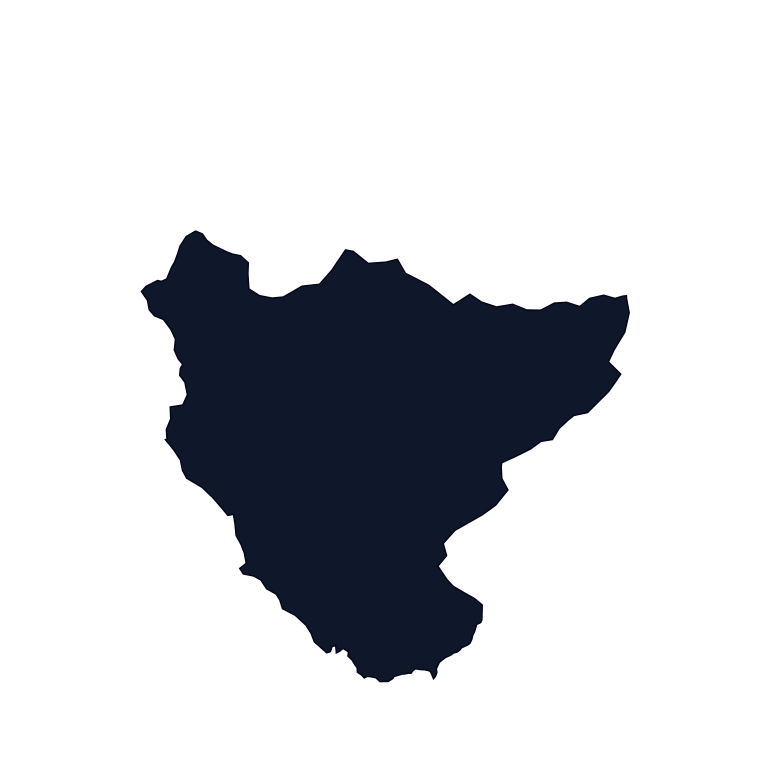 outline of Statos Agios Fotios, Paphos, Cyprus, rotated 135°
{"feature_id": "46923920B39520008883150", "entity_name": "Statos Agios Fotios", "entity_type": "district", "adm_level": 2, "iso_a3": "CYP", "parent_name": "Cyprus", "parent_adm1": "Paphos", "projection": "orthographic", "projection_center": [32.607, 34.88], "detail": "fine", "context": "isolated", "style": "filled", "palette": "ink", "viewbox_px": 768, "rotation_deg": 135, "n_neighbors": 0, "source": "geoboundaries", "source_scale": "gbopen_adm2", "svg_char_len": 2475}
<svg xmlns="http://www.w3.org/2000/svg" viewBox="0 0 768 768"><g transform="rotate(135 384 384)"><path d="M481.6,148.0L470.8,158.3L471.8,168.5L475.0,179.8L478.1,191.9L477.8,201.1L474.7,217.1L461.1,218.4L454.9,229.4L437.4,230.4L406.8,222.0L390.6,219.4L371.3,221.5L367.6,233.8L359.8,242.5L356.4,245.1L342.6,239.9L326.1,234.4L313.6,232.5L304.2,225.7L291.4,228.8L279.1,228.3L272.0,227.5L260.3,219.9L246.2,219.9L230.3,219.9L219.5,221.7L209.7,223.6L209.7,241.0L197.1,245.5L177.1,250.4L160.3,261.0L151.8,273.3L150.2,275.0L153.1,277.3L160.2,281.2L165.9,291.4L178.1,299.1L190.8,300.3L197.1,312.6L206.3,320.7L221.1,325.4L230.9,335.6L236.6,349.3L250.0,358.9L257.1,372.9L259.8,386.7L279.0,390.9L282.6,422.3L290.6,447.1L286.4,462.7L296.5,468.8L309.9,480.4L312.0,499.5L316.4,506.0L340.7,501.3L359.1,500.1L372.8,511.1L393.7,516.7L402.4,523.9L409.6,534.5L412.3,546.8L402.5,558.0L394.3,565.6L394.7,576.0L399.3,583.0L401.9,588.9L406.9,603.3L407.7,611.3L406.3,618.5L409.1,625.3L412.6,626.3L419.7,628.1L430.7,625.7L437.6,622.1L445.8,618.3L451.8,616.7L463.4,611.9L468.8,613.9L471.0,617.3L483.3,621.3L490.1,620.9L492.1,610.3L497.5,602.5L498.1,594.5L494.3,585.7L496.1,573.2L499.7,563.2L508.3,556.2L511.7,547.4L512.5,540.2L517.0,539.0L522.2,534.7L523.6,525.9L530.6,515.4L541.2,511.4L551.4,518.9L559.5,510.1L570.1,505.7L576.4,498.5L577.9,499.2L578.0,498.3L579.2,486.3L581.7,474.1L587.6,465.3L590.1,456.9L585.7,439.4L585.4,425.3L586.3,411.5L587.3,401.5L582.6,398.3L588.2,390.5L595.7,381.4L598.5,371.7L602.2,363.3L608.2,354.6L616.4,355.6L616.7,354.0L617.8,349.2L612.0,340.6L609.6,332.4L611.8,322.3L608.8,311.7L610.4,304.9L614.6,296.9L610.3,283.1L609.7,268.7L611.9,259.0L615.6,250.9L614.7,237.1L614.7,234.6L613.4,233.8L611.1,232.7L606.3,235.1L603.2,233.2L605.7,230.0L607.8,227.6L604.1,226.4L599.9,226.0L599.8,225.8L598.5,219.7L601.9,217.1L601.7,211.4L603.1,205.8L603.6,202.3L606.6,199.0L605.6,194.0L605.8,190.2L602.5,189.0L600.1,186.1L597.6,182.3L597.5,182.2L597.2,176.3L594.4,173.7L591.2,170.6L585.8,169.5L583.7,170.1L576.1,166.0L574.5,164.4L571.1,162.2L569.3,160.3L566.5,160.9L563.2,160.5L560.1,156.3L557.4,153.3L554.8,149.2L554.7,148.9L554.6,147.4L555.6,144.8L557.4,140.6L554.4,140.9L550.8,142.5L548.3,145.7L541.5,148.1L534.1,147.2L528.5,145.1L524.8,144.6L522.0,142.8L518.5,142.2L516.0,142.7L513.1,141.7L510.5,140.7L508.8,140.2L506.2,139.9L502.1,141.6L499.2,143.5L495.6,144.7L492.1,146.5L488.6,148.5L484.3,147.0L482.2,147.8L481.6,148.0Z" fill="#0f172a" stroke="#020617" stroke-width="1.5"/></g></svg>